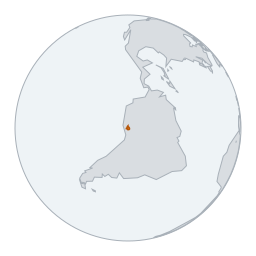 globe centered on Apurímac, rotated 42°
{"feature_id": "PER-569", "entity_name": "Apurímac", "entity_type": "Department", "adm_level": 1, "iso_a3": "PER", "parent_name": "Peru", "parent_adm1": "", "projection": "orthographic", "projection_center": [-73.045, -14.013], "detail": "fine", "context": "on_globe", "style": "filled", "palette": "amber", "viewbox_px": 256, "rotation_deg": 42, "n_neighbors": 0, "source": "natural_earth", "source_scale": "10m", "svg_char_len": 5544}
<svg xmlns="http://www.w3.org/2000/svg" viewBox="0 0 256 256"><g transform="rotate(42 128 128)"><circle cx="128" cy="128" r="113" fill="#eef3f6" stroke="#a8b0b8"/><path d="M99.0,19.2L102.6,18.6L104.4,18.1L107.6,17.8L110.9,17.2L111.0,17.5L113.5,16.8L112.7,16.7L113.6,16.5L115.5,16.2L115.9,16.4L115.0,16.6L116.1,16.5L115.6,16.8L116.9,16.5L117.2,17.0L119.6,16.2L122.2,16.4L121.6,16.8L118.1,17.1L108.2,20.1L106.6,21.3L107.8,22.3L117.7,22.9L117.4,24.3L119.6,25.9L121.4,24.7L120.3,23.2L124.2,21.8L122.4,20.5L123.8,19.8L123.4,18.6L127.3,18.5L131.3,19.2L131.8,20.3L133.6,20.8L136.2,19.7L140.2,22.2L148.0,24.8L148.6,25.7L144.2,27.0L136.3,26.7L130.6,29.7L138.2,27.6L139.6,30.4L141.5,31.0L143.7,30.9L144.7,29.9L145.9,31.0L138.9,33.1L137.6,32.1L139.9,31.4L136.2,31.4L131.4,33.4L132.5,35.0L124.2,37.5L124.9,38.7L123.5,40.2L123.0,37.9L123.7,42.3L114.1,48.0L115.0,57.0L109.9,50.2L105.6,49.8L100.3,50.5L100.3,51.9L93.3,51.7L86.8,55.7L84.3,63.4L86.6,68.9L94.4,68.1L96.8,64.5L102.6,63.3L98.3,72.9L108.4,73.3L107.4,80.7L110.3,84.3L115.4,83.0L120.6,84.7L124.4,80.2L130.5,77.8L130.6,83.8L134.0,78.4L137.4,81.3L149.4,81.4L148.5,82.7L158.7,90.5L169.6,94.7L172.1,99.6L170.8,102.3L174.6,103.6L174.6,105.5L189.4,110.6L196.7,117.0L196.4,123.8L189.9,130.8L183.5,147.4L171.8,151.6L168.4,158.6L158.6,168.5L151.6,167.1L153.2,172.7L149.0,175.7L144.3,175.6L143.2,179.5L139.7,179.4L141.8,182.1L135.9,187.0L137.2,191.3L132.9,195.4L133.9,197.9L132.3,197.8L130.6,198.7L130.4,200.1L125.7,197.7L124.7,192.1L126.5,189.2L124.5,188.8L128.5,181.5L126.2,183.0L127.1,172.3L130.7,163.6L133.3,139.3L131.0,134.6L122.4,129.3L112.0,112.8L114.8,106.0L112.5,103.0L120.0,93.5L118.0,85.3L115.4,84.3L112.8,87.5L103.8,82.9L100.7,77.2L73.8,71.4L71.2,69.1L71.5,64.6L64.3,53.1L66.6,64.8L63.4,63.1L61.3,59.2L62.9,57.7L62.1,52.0L59.6,50.8L60.9,44.3L69.1,35.3L69.7,35.9L71.6,34.0L71.0,33.2L70.2,33.2L76.0,28.2L75.6,28.3L83.2,24.7L91.0,21.6L99.0,19.2ZM22.3,89.3L23.2,86.9L22.9,87.8L22.3,89.3ZM23.5,86.0L23.2,86.6L23.4,86.2L23.5,86.0ZM23.5,85.9L23.4,86.1L23.5,85.9ZM114.3,60.2L125.9,64.5L119.3,65.3L120.6,64.4L117.6,62.5L112.2,61.1L106.4,62.5L114.3,60.2ZM119.6,54.8L117.6,54.5L119.6,54.4L119.6,54.8ZM69.4,33.5L70.8,33.4L70.4,34.6L69.1,34.8L69.4,33.5ZM70.3,31.8L71.6,31.1L69.3,32.8L69.3,32.6L70.3,31.8ZM121.3,18.8L122.3,18.7L121.8,19.0L121.3,18.8ZM120.1,18.4L118.8,18.8L118.1,18.7L118.9,18.5L120.1,18.4ZM121.9,18.0L117.0,18.5L115.7,18.4L117.7,17.4L121.9,18.0ZM111.7,16.8L112.6,16.9L110.2,17.1L111.7,16.8ZM108.1,17.1L107.6,17.2L109.5,16.9L110.0,17.1L101.4,18.7L101.0,18.6L104.0,18.0L103.0,18.2L108.1,17.1ZM113.8,16.4L112.1,16.6L111.7,16.6L115.0,16.1L114.1,16.3L113.8,16.4ZM115.1,16.2L116.7,15.9L118.6,15.8L115.4,16.2L115.1,16.2ZM110.6,16.7L111.2,16.6L110.1,16.8L110.6,16.7ZM126.1,15.5L124.1,15.6L123.7,15.5L126.1,15.5ZM117.4,15.9L117.2,15.9L116.6,15.9L116.4,16.0L117.4,15.9ZM122.4,15.5L124.1,15.4L124.5,15.4L118.2,15.8L122.4,15.5ZM133.4,202.8L126.1,198.6L130.2,200.5L133.3,198.4L137.1,201.6L133.4,202.8ZM142.3,197.5L145.7,196.5L146.5,197.2L144.3,198.1L142.3,197.5ZM207.9,48.6L213.4,55.6L212.3,55.5L209.1,52.9L201.8,44.6L204.9,45.9L202.3,43.5L197.2,39.3L198.5,40.2L196.8,38.9L197.2,39.1L207.9,48.6ZM220.6,192.1L220.3,192.5L221.2,189.9L223.9,185.9L228.2,177.0L235.4,156.9L238.0,149.2L239.2,142.5L239.5,126.3L239.6,118.7L239.0,114.9L238.2,114.7L237.3,110.1L236.5,109.4L229.9,108.2L226.1,102.0L217.7,85.2L217.7,79.9L214.7,73.1L212.2,55.5L215.0,57.7L216.5,58.4L221.2,64.8L225.5,71.5L229.2,78.6L232.4,85.8L235.2,93.3L237.3,101.0L239.0,108.7L240.1,116.6L240.6,124.6L240.5,132.5L239.9,140.5L238.8,148.3L237.1,156.1L234.8,163.7L232.0,171.2L228.7,178.4L224.9,185.4L220.6,192.1ZM217.0,64.9L218.0,66.8L217.0,64.9ZM149.8,81.3L151.3,82.6L149.3,82.5L149.8,81.3ZM118.4,67.6L120.8,67.7L122.1,68.5L120.2,68.9L118.4,67.6ZM139.1,67.6L141.9,68.1L138.9,68.5L139.1,67.6ZM127.7,65.1L136.8,67.4L131.1,69.0L125.4,67.7L129.3,67.2L127.7,65.1ZM118.4,57.9L120.0,58.2L119.5,59.2L118.4,57.9ZM121.1,54.8L120.5,54.9L119.7,54.1L121.1,54.8ZM140.0,30.3L140.6,30.2L142.9,30.4L141.8,30.8L140.0,30.3ZM152.6,29.1L154.4,30.9L152.4,29.7L151.3,30.5L145.8,29.1L148.6,26.1L148.3,27.6L152.6,29.1ZM139.2,27.0L142.4,27.9L138.8,27.1L139.2,27.0ZM186.6,31.9L188.3,32.9L190.2,34.2L190.1,34.5L187.3,32.5L186.6,31.9ZM195.5,37.8L194.6,37.3L193.8,36.6L192.2,35.5L190.4,34.2L195.5,37.8ZM168.8,23.0L166.0,22.2L163.0,21.0L165.3,21.7L168.8,23.0ZM126.4,16.6L125.0,16.7L124.9,16.6L125.9,16.4L126.4,16.6ZM125.2,15.6L132.2,16.2L131.0,16.3L136.6,17.0L135.6,17.6L132.0,17.0L135.3,18.2L131.7,18.0L134.3,18.8L126.5,17.6L123.4,17.6L127.3,17.3L128.3,16.7L127.8,16.4L124.1,16.0L117.8,16.2L119.5,15.7L121.0,15.6L120.6,15.8L122.9,15.5L123.3,15.7L125.2,15.6ZM157.1,19.2L153.6,19.1L154.0,20.1L155.8,21.4L151.0,20.5L146.3,18.8L142.3,17.3L142.6,16.7L140.4,16.5L139.9,16.3L141.8,16.5L138.5,16.1L135.0,15.6L134.1,15.5L145.7,16.8L157.1,19.2Z" fill="#d9dde1" stroke="#a8b0b8" stroke-width="1"/><path d="M128.2,126.8L128.3,126.8L128.5,126.9L128.6,127.0L128.8,127.1L129.0,127.1L129.2,127.3L129.3,127.3L129.5,127.4L129.6,127.5L129.8,127.7L129.8,127.8L129.8,128.2L129.8,128.4L129.7,128.5L129.5,128.8L129.4,128.8L129.2,128.9L129.2,129.0L129.1,129.3L128.9,129.3L128.7,129.3L128.4,129.3L128.2,129.3L128.1,129.2L128.0,129.3L127.9,129.3L127.7,129.3L127.4,129.4L127.3,129.5L127.2,129.6L127.0,129.4L127.1,129.1L127.1,128.9L127.1,128.7L127.1,128.4L126.9,128.2L126.7,127.6L126.8,127.5L126.7,127.4L126.5,127.2L126.5,126.9L126.5,126.7L126.5,126.4L126.6,126.5L127.0,126.7L127.1,126.8L127.4,126.9L127.5,126.9L127.8,126.9L128.0,126.9L128.2,126.8Z" fill="#f59e0b" stroke="#b45309" stroke-width="1.5"/></g></svg>